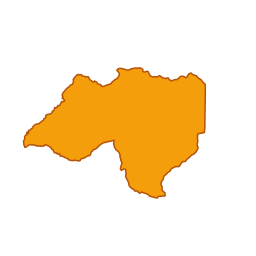 Conquista D'Oeste, Mato Grosso, Brazil (Albers equal-area conic projection), rotated 224°
{"feature_id": "56859067B92775034957558", "entity_name": "Conquista D'Oeste", "entity_type": "district", "adm_level": 2, "iso_a3": "BRA", "parent_name": "Brazil", "parent_adm1": "Mato Grosso", "projection": "albers", "projection_center": [-59.304, -14.62], "detail": "fine", "context": "isolated", "style": "filled", "palette": "amber", "viewbox_px": 256, "rotation_deg": 224, "n_neighbors": 0, "source": "geoboundaries", "source_scale": "gbopen_adm2", "svg_char_len": 5827}
<svg xmlns="http://www.w3.org/2000/svg" viewBox="0 0 256 256"><g transform="rotate(224 128 128)"><path d="M135.6,99.8L133.1,103.9L129.5,109.3L128.1,107.7L127.5,106.7L125.9,105.9L125.3,105.5L124.6,104.9L123.6,104.6L122.6,104.4L121.7,104.0L120.9,104.0L118.6,104.3L117.5,104.1L116.5,103.7L115.5,103.3L114.5,102.8L113.8,101.6L111.9,100.9L111.4,100.3L110.6,99.7L109.5,99.3L108.3,99.2L108.1,98.5L107.5,97.6L106.6,95.8L106.1,95.0L105.7,94.2L105.2,93.5L104.6,93.1L103.4,92.9L102.9,93.9L102.8,95.0L102.5,95.7L101.3,96.4L100.2,96.2L99.6,95.1L97.9,94.2L97.4,93.4L96.3,91.7L95.6,91.5L95.0,90.9L94.2,90.7L93.3,90.6L91.8,89.8L90.4,89.5L89.2,88.8L88.6,88.3L88.0,88.0L87.3,87.4L86.4,87.1L85.1,87.1L83.4,87.1L82.6,87.4L81.9,87.7L80.8,87.7L79.9,87.4L78.6,87.8L78.0,89.0L76.9,89.1L75.8,89.0L75.1,89.0L74.3,89.1L73.8,90.3L73.7,91.4L72.3,92.1L71.4,92.3L70.3,92.9L69.5,93.4L68.8,93.6L68.0,93.7L67.0,94.2L66.0,94.0L65.2,93.9L64.7,94.6L63.8,94.7L63.1,94.9L62.3,95.5L61.7,96.0L60.8,96.3L59.2,97.4L58.2,98.1L58.5,98.9L58.6,100.0L57.8,100.9L56.8,101.6L56.4,102.5L55.6,103.4L54.4,104.5L54.4,105.4L55.2,105.8L55.8,106.6L56.6,107.1L57.5,106.9L58.6,106.9L59.5,106.8L60.2,107.3L61.0,107.3L61.9,108.6L62.6,109.5L63.7,109.7L64.9,110.1L65.3,111.0L66.0,111.3L66.5,112.1L66.7,113.8L66.9,114.8L67.5,116.2L68.3,117.6L68.6,118.5L68.6,120.1L68.4,120.9L68.3,121.9L68.5,123.4L68.4,124.5L67.9,125.6L68.0,127.3L68.4,128.2L68.5,128.9L68.4,129.8L67.7,130.8L67.4,131.9L67.2,132.6L67.0,133.4L66.3,133.9L65.2,134.9L64.7,135.6L64.5,136.2L64.8,137.3L65.0,138.4L65.2,139.8L65.3,140.6L65.4,141.7L64.8,142.1L64.4,142.8L63.6,143.7L63.5,144.7L63.7,145.5L64.0,146.5L63.7,147.4L63.6,148.4L63.4,151.3L63.4,152.9L63.1,153.7L62.7,154.3L62.6,155.2L62.4,155.9L62.5,158.1L62.6,159.2L63.4,161.2L63.6,162.3L64.5,162.8L65.3,163.2L66.2,163.6L66.9,164.3L67.5,165.3L69.1,167.5L71.0,168.8L71.6,169.8L73.0,171.1L73.6,172.0L73.1,173.1L72.6,174.1L71.9,174.8L71.1,175.8L70.7,176.9L69.9,177.7L72.6,181.2L99.1,209.4L102.7,213.0L103.8,213.0L105.1,213.1L106.4,213.0L107.2,213.1L107.9,213.4L108.7,213.5L109.7,213.3L111.8,212.9L112.6,212.8L113.6,212.9L114.4,213.1L115.1,213.0L116.0,212.7L116.8,212.1L117.8,211.8L118.8,211.4L119.7,211.3L120.7,211.4L121.4,210.4L121.7,209.5L121.7,208.3L121.5,207.3L121.2,206.4L121.0,205.5L121.1,204.7L121.9,204.2L123.0,204.0L124.0,203.6L125.0,202.9L125.6,202.2L126.0,201.6L126.1,200.6L126.1,199.7L126.3,197.7L126.5,196.7L127.1,196.2L128.0,195.2L128.5,194.1L128.8,193.4L129.1,192.6L129.8,192.0L130.8,191.8L131.7,191.4L132.9,191.6L134.0,191.9L134.6,191.1L134.8,190.2L135.6,189.6L136.7,189.1L137.6,188.3L138.6,187.9L139.5,188.1L140.4,187.8L141.6,187.7L142.0,186.9L142.2,185.4L143.1,184.5L144.0,183.9L144.6,183.3L145.1,182.3L145.8,181.9L147.0,181.3L148.6,181.1L149.5,181.4L150.7,181.8L151.5,182.1L152.7,182.5L153.5,182.1L154.2,181.5L154.9,179.8L155.6,179.3L156.5,179.1L157.1,179.4L158.0,180.4L159.3,180.3L161.1,179.6L162.2,178.4L162.7,177.3L163.5,177.1L164.1,176.6L164.8,175.8L165.1,175.0L166.0,173.9L166.8,173.1L166.9,172.2L167.3,171.6L167.6,170.6L168.1,169.6L169.1,168.9L170.0,168.5L171.7,167.7L172.4,167.2L173.4,166.7L174.6,165.9L175.3,165.2L175.8,164.6L176.2,163.3L176.1,161.7L172.7,161.4L171.7,161.0L171.0,159.8L170.5,158.0L170.1,156.6L170.4,155.4L170.8,154.4L171.1,152.9L171.2,151.5L171.4,150.1L171.3,149.2L171.0,148.5L171.3,147.4L171.8,146.3L172.5,145.3L173.1,144.3L173.5,143.1L174.0,142.1L174.5,141.0L175.4,140.1L176.5,139.6L177.2,140.1L177.9,140.1L179.0,139.6L180.0,138.9L180.6,138.7L181.4,138.9L182.0,139.2L182.9,139.2L183.6,138.8L184.7,138.6L184.5,137.5L185.1,136.7L186.0,136.7L187.0,136.6L187.8,136.4L188.9,136.4L190.0,136.6L191.0,136.8L191.9,137.3L192.7,136.8L193.3,136.1L194.1,135.4L194.9,135.0L195.9,134.5L196.5,133.8L197.7,133.9L198.8,133.9L199.3,133.2L200.0,132.5L200.9,132.1L201.6,130.5L201.6,129.2L201.5,128.2L201.5,126.9L201.3,125.8L201.0,124.7L200.2,124.1L199.5,123.5L199.1,122.9L198.7,122.0L198.4,120.7L198.7,119.8L199.2,119.0L199.2,117.8L198.9,116.8L199.2,115.8L199.5,114.7L199.5,113.5L199.4,112.2L199.4,111.2L199.2,110.0L199.2,108.9L198.6,106.6L197.7,105.5L196.8,105.5L196.4,104.8L196.0,103.7L195.1,104.1L194.2,103.8L193.1,104.0L192.4,103.3L192.8,102.0L193.7,101.6L194.0,100.6L193.6,99.7L193.4,98.3L192.8,97.0L193.1,96.1L194.0,95.6L193.6,93.4L193.7,92.4L194.3,92.2L194.9,91.6L194.2,90.7L193.7,89.6L193.7,88.6L193.9,87.9L193.9,86.9L193.3,86.4L193.3,85.4L193.6,84.5L193.8,83.7L194.7,82.8L195.3,81.9L195.7,81.0L195.9,80.1L194.5,78.4L194.5,77.4L194.9,76.4L194.4,75.3L194.5,74.2L194.8,72.6L194.7,71.6L195.0,70.5L195.1,69.3L195.6,68.4L196.2,67.8L196.8,66.8L197.2,65.4L197.2,64.3L197.4,63.3L197.0,62.4L196.7,61.3L197.0,60.4L197.1,58.2L197.5,57.6L197.8,56.9L196.7,56.3L196.2,55.4L197.3,55.5L197.6,54.7L197.3,53.8L196.5,53.8L196.1,52.8L196.7,52.0L196.4,50.0L195.8,49.3L194.9,48.7L194.3,47.3L194.2,46.4L193.7,45.7L191.5,43.8L188.7,42.5L188.2,43.1L187.9,43.9L187.9,45.0L187.2,47.4L186.7,48.3L185.6,48.8L184.9,49.4L184.5,50.3L183.6,50.8L182.5,50.8L181.8,51.7L180.9,52.2L180.2,52.3L179.9,53.2L179.0,53.7L177.9,54.3L177.5,55.2L176.8,55.5L175.8,57.3L176.1,58.1L175.6,58.8L174.7,59.1L173.8,59.3L173.2,59.8L172.5,60.0L171.7,60.1L170.6,60.1L169.2,60.2L168.1,59.7L167.3,60.0L166.5,60.1L165.9,59.7L165.1,59.5L164.1,59.2L163.3,59.3L162.4,60.0L161.7,60.7L161.0,60.2L160.1,60.6L159.4,61.9L158.5,61.4L157.7,61.1L157.1,60.7L156.4,61.6L155.7,62.3L155.0,62.3L154.3,62.5L153.4,62.8L152.2,63.1L151.5,63.5L149.8,64.1L148.9,63.8L147.9,64.4L146.9,64.7L146.3,65.1L145.7,65.8L144.6,66.5L144.2,67.5L143.5,68.2L142.4,68.9L141.4,69.4L140.6,70.2L140.1,70.7L139.8,71.6L140.2,72.2L140.3,73.2L139.8,74.1L139.2,75.1L138.6,76.1L138.3,77.1L138.2,77.9L137.6,79.7L137.1,80.7L136.4,81.4L136.4,82.2L136.6,83.0L137.2,84.0L137.8,85.1L137.5,86.5L138.0,87.7L137.7,88.4L137.2,89.4L136.9,90.3L136.4,92.0L136.6,94.3L136.4,95.6L136.3,96.8L135.6,99.8Z" fill="#f59e0b" stroke="#b45309" stroke-width="1.5"/></g></svg>